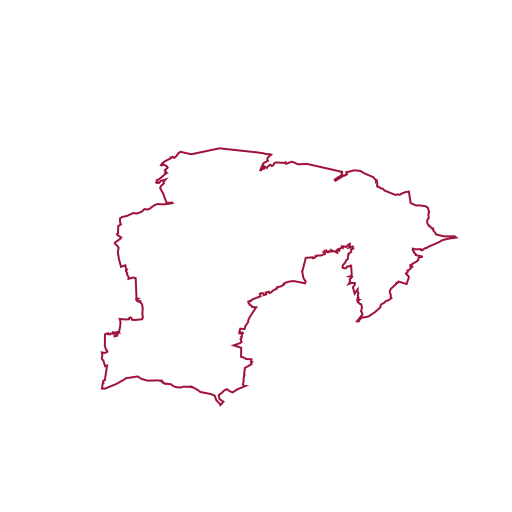 Prunisor, Mehedinti, Romania (Robinson projection), rotated 158°
{"feature_id": "2599482B58600020979646", "entity_name": "Prunisor", "entity_type": "district", "adm_level": 2, "iso_a3": "ROU", "parent_name": "Romania", "parent_adm1": "Mehedinti", "projection": "robinson", "projection_center": [22.902, 44.608], "detail": "fine", "context": "isolated", "style": "outline", "palette": "rose", "viewbox_px": 512, "rotation_deg": 158, "n_neighbors": 0, "source": "geoboundaries", "source_scale": "gbopen_adm2", "svg_char_len": 6135}
<svg xmlns="http://www.w3.org/2000/svg" viewBox="0 0 512 512"><g transform="rotate(158 256 256)"><path d="M287.0,380.9L290.2,380.2L291.3,378.9L295.1,377.5L296.1,379.2L297.7,378.9L298.3,379.3L298.6,378.5L305.4,377.9L308.2,377.0L310.1,375.8L309.6,375.3L307.5,375.4L305.3,373.0L304.8,371.0L308.5,369.6L307.8,367.2L308.3,367.1L308.0,366.6L309.2,366.9L309.1,366.1L316.4,363.7L319.8,363.3L319.6,362.1L321.0,361.5L320.4,360.7L319.1,361.3L319.7,360.7L318.6,360.1L316.3,361.3L311.2,360.8L313.2,359.9L314.1,359.1L314.2,357.8L317.8,356.5L319.4,355.1L318.7,348.1L319.0,338.6L317.4,338.2L317.5,337.8L313.8,337.1L313.6,336.3L321.6,338.2L328.0,341.1L331.5,341.1L337.1,339.6L339.1,339.7L341.9,341.3L345.3,339.9L348.9,339.9L351.4,340.3L353.5,341.8L360.8,341.5L365.4,342.3L368.2,341.7L369.5,337.7L369.4,335.9L372.5,335.4L375.4,328.7L376.7,328.4L376.7,327.5L374.0,323.7L375.7,322.7L381.7,321.3L382.2,320.4L380.6,316.9L380.3,315.1L382.7,311.2L384.2,304.6L385.2,296.5L380.6,296.3L381.5,291.9L381.0,291.7L382.3,290.9L381.7,288.5L382.5,287.8L382.0,283.7L382.8,282.6L377.8,282.0L375.9,280.5L382.5,261.9L383.0,261.3L381.2,260.5L383.3,259.9L383.1,258.8L381.7,257.4L381.1,258.0L380.3,257.7L380.3,255.4L379.7,254.1L380.6,250.0L383.2,244.6L383.7,241.8L385.3,240.0L391.5,241.8L394.7,243.1L394.7,245.0L395.5,246.2L396.8,246.0L397.4,244.9L401.2,246.2L405.9,248.7L406.4,245.3L408.3,241.7L411.4,237.0L413.9,237.6L412.7,236.4L414.2,236.8L413.4,235.8L414.0,234.8L414.6,235.1L414.9,234.1L417.3,234.5L416.3,237.0L416.7,238.4L417.3,238.9L418.2,237.8L420.0,238.6L420.9,238.0L422.6,239.0L422.3,239.9L425.4,239.9L429.9,229.1L430.1,224.7L429.5,224.1L429.7,223.0L431.3,222.6L433.3,223.1L435.0,224.4L435.8,221.3L437.4,218.5L436.7,216.1L437.2,210.3L435.1,210.3L442.7,197.4L444.2,197.6L445.3,196.0L445.1,195.4L445.8,195.3L448.5,190.8L445.7,189.6L433.3,189.7L424.5,190.8L422.8,191.5L410.8,188.6L408.0,184.7L403.1,181.0L393.2,177.3L391.8,176.2L390.7,176.1L391.0,175.6L389.7,174.7L390.2,174.1L389.6,173.0L389.2,173.1L388.5,171.9L387.6,171.6L387.5,171.0L386.8,171.1L382.9,168.9L381.3,166.2L378.7,164.0L375.0,162.3L372.2,162.0L366.4,159.4L365.9,159.7L365.1,158.5L364.4,158.1L364.2,158.5L359.9,153.2L358.6,150.8L349.6,144.9L346.7,142.2L346.8,137.1L345.0,132.7L344.9,131.1L340.8,133.1L343.4,137.0L343.0,139.9L342.3,141.1L338.9,141.9L336.4,143.1L333.0,143.5L330.8,140.2L328.6,138.3L323.7,139.3L314.5,139.5L316.2,140.4L316.1,142.0L313.9,145.4L313.3,147.4L311.3,149.8L311.6,150.2L308.3,156.3L300.7,157.4L300.7,158.7L299.4,159.2L300.1,159.8L298.9,161.9L303.6,164.1L305.9,166.9L307.6,168.1L304.1,176.5L310.2,181.5L303.3,181.2L301.5,181.8L301.5,184.8L300.3,185.2L299.7,185.9L299.9,186.5L299.4,186.5L298.3,188.9L299.0,189.7L297.2,189.3L297.2,190.2L300.1,190.4L299.4,191.9L299.8,192.1L297.8,194.5L294.0,192.5L292.2,194.9L288.3,197.5L286.9,199.7L283.9,202.3L275.0,208.4L278.7,210.1L278.8,211.7L280.2,213.0L279.9,213.9L280.6,215.4L280.2,216.7L278.0,216.6L278.6,215.8L275.7,217.1L266.8,216.9L266.6,219.6L264.9,219.6L263.3,218.6L263.5,216.8L260.9,216.6L260.7,218.4L257.5,218.1L257.4,216.6L255.8,216.6L252.9,217.6L248.6,218.0L248.4,219.1L244.0,218.5L240.7,219.0L240.7,219.9L239.3,220.2L235.0,219.9L230.5,218.7L220.7,212.3L219.5,213.8L220.3,217.7L218.9,224.8L218.3,225.0L210.6,235.6L204.0,233.6L204.2,232.7L202.6,232.4L201.5,232.7L201.2,233.5L200.2,233.2L199.8,233.7L195.3,232.1L191.3,232.1L190.9,232.9L192.0,234.4L190.1,235.1L188.7,234.8L188.9,233.4L188.0,232.4L187.2,232.3L187.0,233.1L186.4,233.1L184.4,231.9L184.0,233.3L182.3,231.2L181.0,230.5L180.2,230.7L180.3,229.4L179.4,228.5L178.8,230.7L177.9,231.5L177.2,231.6L176.8,229.8L176.0,230.5L176.1,231.2L173.6,231.8L173.0,231.4L172.8,232.1L172.5,231.4L172.5,232.2L172.1,232.3L172.1,231.3L171.2,232.2L169.2,230.6L166.6,231.8L164.5,232.1L165.6,229.9L166.9,229.0L162.9,228.7L162.6,227.7L163.1,226.3L165.4,226.6L166.1,224.1L169.2,223.6L169.2,222.9L170.5,222.0L172.0,218.8L174.4,218.0L175.4,216.7L178.9,214.9L180.0,213.3L180.0,212.4L178.0,211.1L176.6,211.1L175.5,212.1L173.1,211.4L171.7,211.8L171.4,211.3L174.6,201.9L177.2,202.0L175.0,200.5L178.0,199.0L178.6,196.7L180.6,195.3L177.2,195.2L174.4,193.8L175.2,192.4L177.9,190.6L178.5,185.1L178.6,184.2L174.3,187.0L175.2,184.9L175.0,182.9L176.3,181.6L176.6,179.4L177.1,179.3L176.9,178.7L178.0,178.3L178.1,177.7L176.6,176.7L177.6,176.5L177.9,177.2L178.5,177.2L178.9,176.4L178.7,174.8L178.1,174.5L177.7,172.7L176.5,171.8L177.0,168.6L179.4,165.2L179.0,164.3L179.2,161.9L186.9,157.6L186.0,157.0L184.7,157.1L184.2,157.9L181.1,159.4L177.5,158.2L174.0,157.9L166.3,159.5L159.9,161.9L158.8,163.7L157.8,164.3L154.7,164.6L152.3,165.6L149.7,165.3L146.2,166.2L146.4,167.6L145.6,169.5L145.6,172.3L144.7,173.7L143.0,175.2L136.6,177.4L135.9,178.5L134.9,177.9L133.5,179.0L126.9,173.6L122.2,179.0L122.2,180.4L123.3,182.3L123.5,183.7L121.7,184.0L121.2,185.4L121.0,185.1L115.0,187.5L115.5,188.5L116.7,188.4L116.4,189.7L108.8,190.8L106.9,191.6L106.3,193.0L105.3,193.6L101.6,192.9L107.6,197.1L107.3,198.4L108.3,200.1L107.9,200.9L108.5,202.5L107.9,204.1L105.5,202.4L101.1,200.8L100.1,200.1L100.6,199.5L99.9,199.0L96.6,199.9L94.5,199.5L92.8,200.0L80.5,200.3L77.7,200.9L71.1,200.0L63.5,198.1L64.5,199.9L74.0,203.6L81.0,208.5L81.0,210.1L82.1,213.4L81.4,215.2L82.4,215.4L84.0,219.3L84.5,219.3L84.9,222.6L83.8,225.1L81.7,226.4L80.4,230.5L79.0,231.7L78.7,236.8L80.5,238.9L86.3,242.1L88.6,242.8L92.8,247.2L90.1,258.4L93.4,259.2L98.3,259.3L99.7,258.8L101.8,260.2L103.7,260.3L112.0,268.2L113.4,271.0L115.4,272.5L116.1,274.2L117.4,274.6L117.5,276.0L116.4,277.4L115.8,280.8L116.7,280.3L116.4,281.0L117.7,285.1L124.7,292.2L127.5,295.9L132.7,298.6L141.0,299.8L141.0,297.6L143.8,297.4L143.9,297.8L154.1,296.0L154.4,297.4L145.5,299.1L145.6,301.5L144.0,301.3L174.4,322.4L182.7,325.3L186.2,329.0L187.9,330.1L193.5,330.2L193.6,331.9L194.7,331.6L202.5,335.3L204.2,335.3L205.8,333.8L207.6,333.4L208.3,335.1L209.0,335.3L212.3,334.2L213.0,333.5L215.0,336.4L215.7,335.6L215.4,335.1L215.8,333.9L217.5,334.4L219.0,333.5L219.8,334.0L215.0,338.8L213.3,339.5L209.4,339.7L209.5,340.8L208.4,342.7L204.0,344.3L204.9,345.1L208.5,346.7L210.7,348.5L217.0,352.1L249.5,369.5L276.9,374.4L278.8,375.2L287.0,380.9Z" fill="none" stroke="#9f1239" stroke-width="2"/></g></svg>